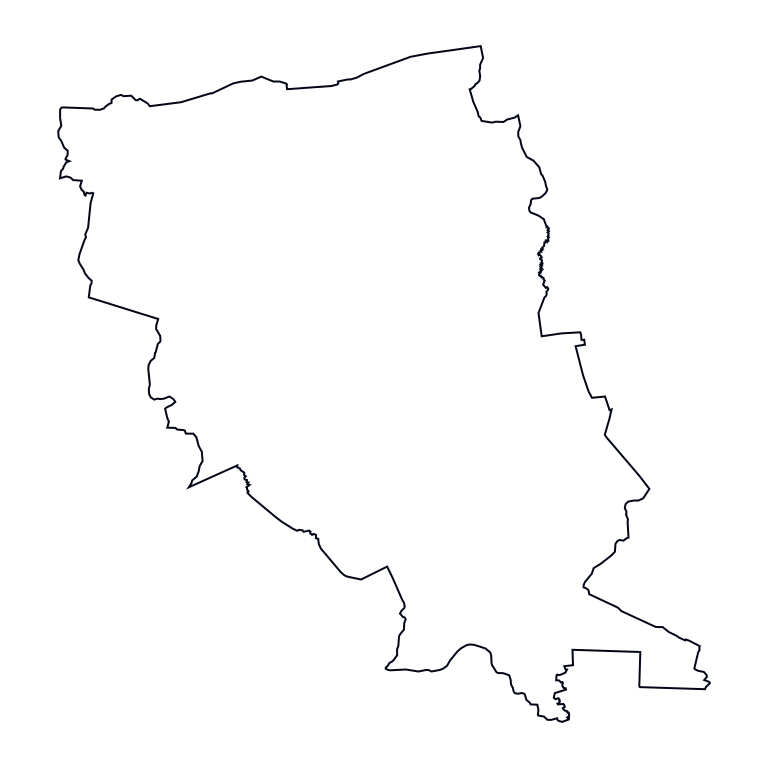 Telesti, Gorj, Romania (Natural Earth projection)
{"feature_id": "2599482B86985968934630", "entity_name": "Telesti", "entity_type": "district", "adm_level": 2, "iso_a3": "ROU", "parent_name": "Romania", "parent_adm1": "Gorj", "projection": "natural_earth1", "projection_center": [23.098, 44.988], "detail": "fine", "context": "isolated", "style": "outline", "palette": "ink", "viewbox_px": 768, "rotation_deg": 0, "n_neighbors": 0, "source": "geoboundaries", "source_scale": "gbopen_adm2", "svg_char_len": 6035}
<svg xmlns="http://www.w3.org/2000/svg" viewBox="0 0 768 768"><path d="M704.9,689.2L706.1,686.8L709.8,683.3L709.7,682.4L708.9,681.8L704.2,680.0L706.9,676.9L706.6,675.0L703.9,672.0L697.8,670.7L694.6,669.0L694.4,668.2L698.2,652.2L699.6,650.0L699.3,647.8L699.8,646.2L689.2,640.7L685.9,639.5L685.3,640.4L678.4,637.3L677.5,636.3L668.8,632.0L662.7,627.1L655.8,627.0L621.4,611.1L618.0,607.7L589.2,594.2L588.5,590.2L586.5,588.5L583.6,587.3L583.7,584.8L585.0,581.9L591.7,573.9L593.7,568.1L601.0,563.6L611.6,555.2L614.9,551.7L615.5,543.7L617.3,541.2L619.5,540.0L623.5,540.6L626.5,538.3L628.5,537.6L627.6,521.8L628.0,519.5L626.0,514.5L626.4,514.0L626.4,511.5L624.8,508.2L625.6,504.1L628.2,501.6L633.9,500.5L638.6,500.5L643.2,498.3L649.4,488.9L639.4,475.9L606.6,437.5L604.8,434.7L609.5,418.5L611.6,409.4L609.6,410.2L605.0,396.5L592.0,397.8L588.6,391.5L583.0,375.1L575.6,346.2L584.9,344.7L584.2,339.7L581.5,339.9L581.1,335.0L580.3,332.3L561.5,333.4L541.7,336.3L538.5,313.0L544.4,297.5L545.7,296.4L546.6,294.7L546.5,291.7L548.2,289.5L548.1,288.4L547.1,287.1L545.9,287.9L543.1,284.7L544.7,280.5L543.5,279.5L543.7,278.3L542.4,277.2L541.5,277.4L540.8,275.8L540.0,275.9L538.9,274.8L539.6,273.6L539.1,272.7L540.6,272.6L540.9,272.1L540.4,271.5L541.5,270.6L540.4,270.1L540.4,268.4L542.1,268.6L540.4,266.3L541.9,265.7L540.7,264.6L541.6,264.3L541.1,263.4L542.4,263.3L541.7,261.9L542.0,260.7L541.6,259.8L540.2,259.2L540.3,258.1L541.7,257.5L541.1,256.1L539.6,254.6L538.6,255.2L538.1,253.6L538.8,252.8L539.6,252.9L539.7,251.6L541.1,251.7L540.7,251.0L541.6,250.5L541.0,250.2L541.1,249.3L542.7,248.9L541.9,248.0L544.0,246.0L544.5,242.4L545.4,242.5L545.7,240.4L546.4,240.3L547.3,241.7L547.6,240.9L548.4,240.9L548.1,238.2L548.8,237.5L547.7,236.6L548.6,235.7L548.2,234.8L548.7,233.5L547.6,232.4L548.9,231.2L547.6,230.1L548.9,228.7L548.3,227.6L546.6,227.4L547.0,226.2L546.3,226.0L543.8,219.2L538.3,215.5L530.5,212.4L529.3,210.5L529.0,207.6L530.6,204.2L531.1,200.2L531.8,199.3L532.6,198.7L539.3,198.0L542.0,196.4L545.3,193.4L546.9,190.9L547.3,189.3L546.1,186.4L545.2,181.8L542.6,175.7L541.1,174.0L539.3,167.3L533.5,160.7L526.7,156.9L522.1,147.8L520.8,143.0L520.6,140.6L518.3,136.3L518.2,132.1L520.4,126.2L518.1,115.3L514.7,117.6L507.2,119.5L503.4,122.0L495.7,121.7L492.1,122.6L481.6,120.9L480.3,117.6L478.6,116.2L477.8,112.2L473.3,101.8L469.7,89.3L470.8,89.1L474.5,86.1L475.7,83.9L477.2,83.2L479.5,80.7L480.2,76.2L479.3,70.7L480.1,68.7L480.1,64.7L483.1,58.0L480.7,46.1L428.1,53.5L410.5,56.8L363.9,73.9L356.6,77.7L350.4,79.5L347.9,79.4L337.9,81.5L338.3,83.4L337.4,84.5L331.3,86.0L287.1,89.2L286.6,85.7L287.0,84.5L286.2,83.6L279.7,81.5L273.4,81.5L261.3,76.6L252.4,80.5L240.2,81.8L233.0,83.5L211.8,93.5L211.0,93.2L181.1,102.2L149.8,106.2L147.7,103.5L140.4,99.0L139.4,98.9L137.6,100.3L135.6,100.1L131.2,95.7L123.8,96.2L120.9,94.9L116.1,96.4L112.3,99.0L111.6,99.7L111.5,103.0L109.3,103.8L105.0,107.0L103.9,108.5L99.8,109.8L94.6,109.7L93.1,108.5L62.4,107.4L61.2,107.9L60.1,109.7L60.1,118.1L61.3,125.7L58.2,131.2L58.7,137.3L61.2,140.8L64.2,147.7L67.7,150.7L67.6,154.9L65.5,158.9L65.6,159.6L69.4,161.2L66.2,162.4L63.6,166.8L63.1,168.7L61.0,170.9L60.0,178.3L66.2,176.4L70.5,177.6L73.2,180.1L81.8,180.7L80.1,186.4L81.7,189.9L83.6,191.4L84.6,195.0L85.5,195.5L86.5,192.7L89.5,193.5L92.6,192.8L93.3,193.3L90.6,203.0L88.1,227.7L85.2,234.6L86.0,237.1L84.5,240.1L79.6,253.9L78.3,260.1L79.7,263.6L83.6,269.8L84.9,273.3L88.7,278.1L91.7,280.7L91.5,283.3L90.2,285.9L88.8,297.4L158.2,319.0L156.3,325.2L156.1,328.9L160.2,335.9L160.5,340.6L159.9,342.0L157.8,344.0L155.7,352.3L155.1,352.8L154.3,357.9L150.7,360.9L148.6,365.1L148.3,369.4L149.9,384.6L148.8,389.0L149.1,394.0L150.7,397.3L154.2,399.6L157.6,398.6L160.2,399.1L164.2,398.6L169.1,396.6L169.9,396.7L173.6,399.3L175.3,401.9L172.0,404.8L166.3,407.6L165.1,408.8L167.4,418.4L168.9,421.6L167.3,427.7L175.4,427.9L177.1,429.5L184.0,430.2L184.9,430.8L185.8,433.6L193.3,433.7L196.3,437.1L198.7,446.0L201.8,451.7L202.6,461.0L199.7,466.1L198.6,471.6L196.6,476.7L192.3,480.3L191.3,483.5L188.8,487.3L237.4,465.4L237.2,467.2L240.0,468.6L240.7,470.3L244.2,472.6L244.1,474.9L245.8,476.3L244.3,477.7L244.6,479.4L247.0,480.1L246.5,482.1L248.4,482.5L247.3,484.1L249.6,484.9L246.4,487.2L247.1,487.9L247.0,489.3L248.5,491.5L247.5,492.1L247.5,492.9L251.7,497.1L275.1,516.6L281.7,521.7L292.3,528.4L297.1,530.8L299.1,529.9L302.5,530.3L303.5,531.8L309.1,530.6L310.5,531.6L310.0,532.6L310.4,533.7L311.8,534.1L312.1,534.9L313.9,533.9L316.0,534.9L315.9,538.2L318.2,538.8L318.8,544.1L320.9,548.6L340.9,572.3L344.4,575.3L347.2,576.6L361.1,579.5L387.1,566.6L392.6,577.8L402.3,600.0L403.9,602.6L404.7,606.3L404.3,608.0L401.6,610.6L400.0,613.6L402.8,616.8L404.6,617.4L405.7,619.2L404.2,623.3L404.0,629.5L399.9,634.5L399.0,636.6L398.3,646.2L397.1,649.1L397.1,655.3L392.9,661.0L389.3,663.1L387.8,665.8L385.9,667.4L385.7,668.6L387.9,669.9L390.4,670.3L405.8,669.5L418.5,671.5L426.4,669.9L428.5,670.0L431.5,671.5L440.0,669.9L443.5,668.4L447.1,665.7L450.1,660.4L457.3,651.6L461.0,648.3L466.3,645.3L469.2,644.5L473.8,644.8L478.3,646.1L485.5,648.5L490.1,652.3L491.2,655.4L491.5,662.9L492.0,665.0L496.4,672.1L498.0,673.0L503.3,673.2L509.2,675.3L510.7,679.9L511.0,684.4L512.8,687.7L513.6,691.3L514.7,693.0L517.8,693.8L521.5,693.0L523.9,693.6L524.8,694.5L526.4,699.8L529.8,702.7L530.7,704.4L537.3,704.7L538.4,709.8L537.9,714.6L538.2,715.5L544.0,716.6L547.4,719.8L551.1,719.9L557.1,718.3L557.5,719.9L558.5,720.8L562.2,721.9L568.9,719.4L569.0,717.7L567.7,718.0L567.2,717.4L568.8,716.5L569.2,714.2L568.5,712.4L567.5,712.7L566.9,711.1L564.9,710.6L563.3,709.1L562.9,708.0L564.8,706.9L564.3,705.1L563.4,704.0L557.8,704.4L557.5,703.5L559.1,703.1L559.9,701.6L559.7,700.7L559.1,700.5L559.4,699.3L558.3,698.2L555.4,699.2L553.8,697.8L554.8,693.1L566.0,689.6L565.7,688.3L563.7,688.0L562.5,686.1L562.3,685.0L562.9,682.9L562.4,682.1L561.0,682.5L559.2,680.5L556.2,680.3L556.5,675.4L557.2,674.6L558.7,675.1L560.4,674.8L565.3,672.7L567.0,669.6L565.6,669.5L564.3,666.2L573.0,665.2L572.5,649.8L640.3,652.0L639.3,686.0L639.8,687.1L704.9,689.2Z" fill="none" stroke="#020617" stroke-width="2"/></svg>